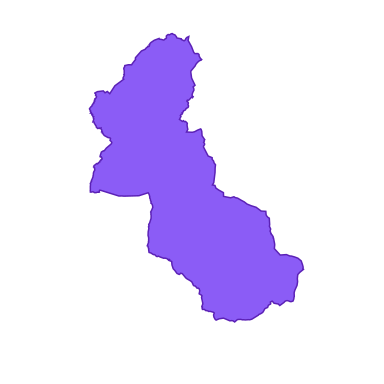 Poiana Stampei, Suceava, Romania (Natural Earth projection), rotated 326°
{"feature_id": "2599482B11463008171196", "entity_name": "Poiana Stampei", "entity_type": "district", "adm_level": 2, "iso_a3": "ROU", "parent_name": "Romania", "parent_adm1": "Suceava", "projection": "natural_earth1", "projection_center": [25.094, 47.238], "detail": "fine", "context": "isolated", "style": "filled", "palette": "violet", "viewbox_px": 384, "rotation_deg": 326, "n_neighbors": 0, "source": "geoboundaries", "source_scale": "gbopen_adm2", "svg_char_len": 6015}
<svg xmlns="http://www.w3.org/2000/svg" viewBox="0 0 384 384"><g transform="rotate(326 192 192)"><path d="M241.8,318.6L240.6,318.0L242.1,316.5L242.9,314.3L244.0,310.2L242.8,306.1L240.8,303.3L238.6,300.7L237.2,299.6L235.3,296.7L229.9,293.6L228.6,285.0L231.0,282.1L231.6,281.0L233.8,275.8L233.6,275.4L234.2,274.7L234.4,272.5L234.0,271.5L234.4,270.9L234.2,270.3L234.7,269.3L234.8,268.1L236.5,266.7L237.0,263.7L238.2,262.4L241.4,257.0L241.4,256.7L240.8,255.6L240.5,253.3L240.8,252.1L242.4,249.3L238.7,246.5L236.6,240.5L233.4,236.5L230.9,232.8L229.8,229.4L228.2,226.4L226.4,222.6L224.7,220.8L224.1,219.4L220.8,218.4L215.7,213.3L217.7,210.1L215.2,205.2L214.0,202.1L214.7,199.4L212.9,197.6L215.3,196.4L222.0,188.7L224.7,184.9L226.7,182.6L226.6,180.1L227.2,178.5L227.0,176.2L227.9,174.8L225.5,171.2L226.7,161.1L227.4,160.3L228.9,159.8L229.5,158.7L229.4,157.3L230.6,156.8L231.0,155.9L231.8,155.8L231.8,151.0L234.0,147.2L234.6,145.1L234.4,144.5L231.1,143.8L227.9,143.5L225.7,142.7L221.0,139.2L223.6,137.7L224.2,136.1L225.4,133.6L226.5,132.5L226.5,131.9L226.1,129.9L225.0,129.4L224.8,128.1L223.5,128.1L222.2,124.8L225.1,123.2L225.0,122.2L226.3,121.6L226.9,122.0L228.0,121.6L228.0,120.8L229.7,120.6L230.4,119.9L232.1,120.3L232.9,120.1L233.7,119.5L236.0,119.7L236.9,119.1L237.4,118.4L237.5,117.3L238.8,116.2L238.9,115.4L238.5,114.0L238.7,113.7L239.3,113.4L239.3,113.8L241.0,114.0L245.0,113.1L245.2,114.1L246.3,113.6L246.0,112.9L246.1,112.1L246.4,111.5L248.0,110.1L250.6,108.6L251.3,107.3L251.7,105.5L254.2,105.2L255.4,97.3L258.1,91.8L258.8,91.1L265.2,89.2L266.4,88.4L269.0,87.6L271.8,87.3L273.1,87.8L274.1,87.6L273.7,86.0L273.9,83.4L274.7,81.9L274.3,80.5L271.8,78.9L271.5,77.3L272.9,71.2L273.5,64.2L276.3,61.3L274.2,61.0L272.8,61.3L271.5,62.1L270.3,62.3L269.9,62.1L268.4,59.5L268.8,59.0L265.7,56.0L265.6,55.3L265.9,54.7L265.7,52.1L264.6,50.8L264.4,49.8L264.0,49.5L263.3,49.2L261.4,49.1L261.0,48.9L260.3,48.1L259.0,48.1L258.0,48.3L257.4,49.1L257.0,50.0L256.2,50.2L255.3,50.0L254.0,50.3L253.5,50.2L251.7,48.1L250.6,47.3L250.4,47.0L250.6,46.3L245.6,45.1L241.6,45.1L240.6,45.3L238.8,46.0L239.1,46.4L238.0,47.2L237.4,47.2L236.7,46.5L236.0,46.9L234.4,47.0L233.1,47.5L228.9,46.8L220.3,49.0L219.8,49.5L219.4,50.5L214.0,52.3L213.1,52.8L210.4,50.9L207.0,49.6L206.2,50.5L205.3,50.8L204.3,51.7L203.9,53.1L201.7,56.4L201.2,56.5L201.3,57.2L198.4,59.0L198.5,60.3L187.5,60.8L178.8,64.5L178.0,61.3L175.4,61.1L175.0,58.6L169.7,55.9L166.8,55.6L166.7,55.8L167.0,57.2L166.1,57.9L166.3,59.3L165.5,60.2L164.4,60.5L163.7,60.4L163.4,61.1L162.7,61.2L162.6,61.5L162.3,61.5L162.2,62.3L160.9,62.6L160.7,63.2L160.3,63.4L160.0,63.2L159.8,63.4L158.7,63.7L158.4,64.1L157.7,64.1L157.0,64.8L155.5,64.9L153.5,65.7L153.3,66.6L153.3,68.0L152.8,68.2L152.9,69.8L152.1,69.9L152.6,70.4L152.3,71.5L152.7,71.4L152.9,71.7L152.5,72.0L152.7,72.4L152.2,72.6L152.3,73.0L152.1,73.7L152.3,74.1L152.2,74.3L152.5,74.6L151.8,75.0L151.7,75.8L151.4,76.0L151.5,76.5L151.3,76.7L149.0,78.5L149.8,79.0L149.9,79.5L149.4,80.5L149.5,82.2L149.3,82.7L149.4,83.7L148.9,85.0L149.2,85.6L149.2,86.5L149.6,86.8L150.9,87.1L151.0,87.7L152.3,88.0L151.7,88.6L151.9,89.2L151.8,90.3L151.2,91.2L150.7,91.5L151.3,92.1L151.2,92.4L150.7,92.7L150.9,92.9L150.8,93.6L150.9,93.9L150.7,94.5L150.9,96.2L152.8,99.9L153.9,100.9L154.4,101.7L154.4,102.0L152.9,103.4L153.3,105.3L153.2,106.1L152.3,106.8L151.6,107.0L145.5,107.7L143.1,108.5L141.9,108.7L141.5,108.3L139.2,108.2L136.5,110.3L135.5,111.3L135.9,112.0L136.5,112.2L136.2,113.9L135.9,114.0L135.8,114.4L134.7,114.4L134.2,114.8L134.0,114.5L132.5,115.1L132.4,115.5L131.4,115.4L130.8,115.7L130.6,115.5L129.5,115.9L129.1,115.2L128.5,115.1L127.2,115.3L125.6,115.3L125.0,116.0L124.4,116.2L124.7,117.4L124.5,117.5L124.6,117.8L123.6,119.5L122.1,120.2L120.9,121.1L119.5,123.0L118.9,123.3L118.5,124.0L115.9,125.8L115.1,126.1L114.9,126.8L113.9,127.1L113.6,127.6L112.5,128.0L112.1,129.0L110.7,130.7L109.0,133.3L108.5,133.8L108.3,134.4L107.7,135.1L108.1,135.6L110.0,136.4L110.4,136.9L110.7,137.9L111.5,138.5L112.1,138.9L113.3,139.2L114.7,140.2L115.2,140.3L115.4,139.6L116.3,138.9L117.2,139.5L129.2,154.5L131.6,156.0L133.3,157.4L145.9,165.4L155.2,168.1L155.1,170.1L154.3,172.4L153.6,173.4L153.5,174.5L152.7,176.2L152.8,177.0L151.7,178.3L152.0,179.0L152.0,180.2L151.6,181.4L150.9,182.8L148.6,184.4L146.5,185.5L146.4,186.3L145.5,187.4L145.0,188.6L143.3,191.0L139.5,194.0L138.3,194.5L137.8,194.9L137.5,195.8L137.0,196.4L136.5,196.5L135.9,198.0L133.5,200.4L131.3,203.4L130.4,205.8L128.4,208.7L128.0,208.9L127.9,209.4L124.8,211.6L125.2,212.3L124.5,213.9L124.4,214.8L123.7,215.7L122.6,218.1L123.9,219.7L124.8,221.9L125.3,222.6L125.8,222.8L126.2,223.6L126.5,225.5L127.3,226.2L128.2,226.3L129.4,228.3L131.5,231.1L132.6,231.7L134.0,233.2L134.2,234.4L135.4,235.1L135.6,235.4L134.6,235.8L136.3,238.2L134.6,241.3L133.5,245.1L133.9,247.5L134.0,251.1L135.3,253.2L136.6,253.2L137.1,253.0L138.3,254.2L138.8,259.7L139.2,261.0L141.1,264.9L141.6,266.6L141.5,266.9L141.3,268.8L141.0,269.4L141.1,270.7L142.2,272.0L142.4,274.5L143.6,275.4L143.8,276.0L143.3,278.1L141.0,280.4L142.1,282.7L142.2,283.6L140.9,284.8L139.0,289.6L138.3,290.9L136.1,292.4L136.0,292.6L136.3,293.3L135.5,293.7L135.0,295.2L136.5,296.1L137.2,298.2L137.9,298.5L138.9,299.9L139.0,300.3L140.4,301.2L142.2,303.3L142.7,304.1L142.8,304.8L141.4,305.7L140.9,306.4L140.2,308.1L140.0,310.5L140.1,311.1L140.4,311.7L143.6,312.3L147.6,314.2L151.4,320.0L152.8,320.7L153.9,321.6L154.7,323.6L157.9,323.2L158.7,323.3L161.1,324.8L162.5,326.3L163.4,326.8L164.7,327.9L167.4,329.4L168.4,330.2L170.5,330.9L178.2,331.2L179.0,330.9L180.6,331.3L183.0,331.4L184.1,331.1L186.9,329.6L187.6,329.5L190.1,330.0L192.0,328.6L194.5,328.8L194.9,328.4L195.4,327.1L197.0,327.2L197.5,327.4L197.6,327.8L197.8,330.1L200.9,333.1L201.3,335.2L206.5,335.0L208.0,334.6L209.4,334.9L210.1,335.2L211.1,336.2L211.9,337.5L212.5,338.1L213.2,338.5L214.8,338.9L216.6,337.6L217.7,336.3L218.3,335.9L220.1,333.0L220.7,332.3L222.4,330.9L226.8,328.2L229.4,325.4L230.9,322.7L233.5,319.6L236.3,318.9L240.7,318.5L241.8,318.6Z" fill="#8b5cf6" stroke="#5b21b6" stroke-width="1.5"/></g></svg>